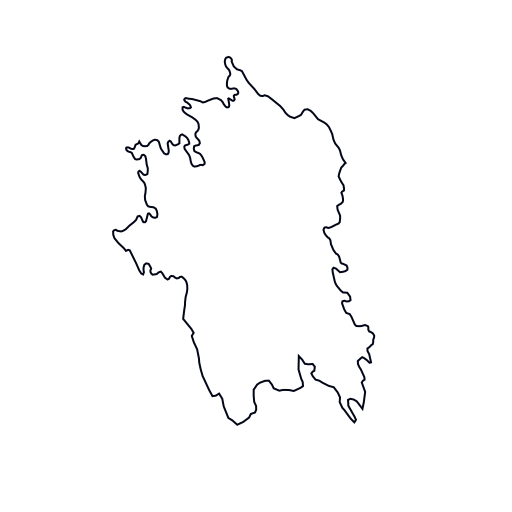 the district of Puchavičy, Minsk, Belarus, rotated 65°
{"feature_id": "67162791B58974730621112", "entity_name": "Puchavičy", "entity_type": "district", "adm_level": 2, "iso_a3": "BLR", "parent_name": "Belarus", "parent_adm1": "Minsk", "projection": "equal_earth", "projection_center": [27.908, 53.474], "detail": "fine", "context": "isolated", "style": "outline", "palette": "ink", "viewbox_px": 512, "rotation_deg": 65, "n_neighbors": 0, "source": "geoboundaries", "source_scale": "gbopen_adm2", "svg_char_len": 6106}
<svg xmlns="http://www.w3.org/2000/svg" viewBox="0 0 512 512"><g transform="rotate(65 256 256)"><path d="M439.5,224.1L434.1,220.1L425.3,214.5L415.3,213.6L414.3,211.9L414.0,209.9L411.6,209.0L403.3,208.9L400.0,209.3L396.9,209.2L394.2,208.1L393.2,205.0L392.6,202.5L394.0,201.3L397.3,199.5L400.8,198.2L401.0,196.7L392.9,194.9L389.2,195.1L386.9,194.1L386.5,191.7L385.4,188.9L385.3,187.5L383.9,186.4L381.4,185.1L379.6,183.3L378.0,182.5L375.4,182.8L373.0,184.4L372.5,185.2L370.4,185.4L368.0,184.3L366.8,184.3L364.6,186.4L364.0,190.2L362.9,192.8L361.8,194.7L359.9,195.4L351.7,195.2L348.3,195.6L345.7,198.3L341.8,198.6L335.2,198.0L333.6,196.8L333.9,194.8L335.5,193.1L336.3,191.0L336.0,189.0L332.6,187.9L327.9,188.8L326.8,190.7L325.9,192.5L323.2,193.8L317.8,195.2L316.1,195.5L313.0,195.5L303.4,193.4L300.4,192.4L299.4,190.7L301.1,188.9L306.2,186.7L307.0,184.1L307.5,181.4L307.1,179.1L305.6,178.1L302.9,177.9L300.0,180.3L298.9,181.6L297.8,182.0L291.6,180.9L289.2,181.3L287.6,182.5L283.5,183.3L277.1,183.1L273.1,181.9L270.8,182.2L269.5,183.1L266.6,184.0L263.8,184.3L260.6,183.7L259.2,181.9L259.6,180.2L261.2,178.7L261.6,175.7L261.4,170.5L261.5,167.6L260.7,165.8L257.4,163.8L254.9,162.7L248.6,162.5L245.0,161.3L244.6,158.9L244.5,156.8L243.6,154.5L242.6,153.7L240.7,152.9L237.7,152.1L234.8,151.9L234.0,150.7L233.8,148.6L232.1,147.7L228.8,146.8L225.5,147.3L221.9,147.5L218.6,147.4L216.0,145.4L212.0,141.5L211.0,139.0L209.9,136.9L209.6,135.5L205.3,136.3L202.9,136.3L200.1,136.1L196.0,135.3L193.1,135.3L187.5,136.7L183.2,136.6L177.7,135.4L174.0,135.3L169.8,135.4L166.3,136.4L163.8,137.8L158.2,142.0L150.9,143.8L147.7,145.0L144.8,147.2L143.9,150.2L144.8,152.1L147.1,155.6L147.3,157.7L147.3,162.9L144.1,166.3L141.7,167.7L138.6,168.8L135.0,169.3L130.3,170.7L120.4,175.5L116.4,177.6L114.0,180.2L113.9,182.3L112.6,184.4L110.1,185.6L104.3,186.8L95.8,189.5L92.1,190.1L82.6,190.6L81.1,191.7L78.7,194.4L74.8,196.0L69.4,195.9L68.6,195.2L67.4,194.9L65.5,195.4L64.0,196.6L63.7,199.4L64.9,201.0L66.7,202.2L69.3,202.9L71.5,203.1L73.2,202.7L75.9,201.8L78.3,201.9L80.3,202.4L81.4,203.5L82.0,205.2L84.7,207.8L87.1,209.3L89.4,210.4L90.8,210.5L92.1,210.1L93.3,209.2L94.2,207.4L94.6,205.5L95.3,204.3L96.3,203.3L99.0,202.7L100.4,203.0L101.3,203.7L101.5,204.4L101.6,205.6L100.9,207.2L101.3,208.3L102.2,208.7L104.9,209.1L105.7,210.0L105.7,211.2L105.3,211.7L101.6,214.1L101.7,214.7L106.2,215.9L108.3,216.6L109.5,217.8L109.1,219.5L107.7,220.4L104.7,221.1L102.7,221.1L99.9,221.9L96.5,224.5L95.3,227.9L94.9,233.9L94.9,236.9L94.4,239.3L92.3,240.9L86.7,247.6L85.2,250.2L83.2,252.9L83.3,254.1L84.1,255.1L85.6,254.9L86.7,254.5L87.7,253.6L91.0,252.1L92.3,252.0L93.8,252.2L94.1,253.3L93.3,255.6L90.3,258.5L90.2,259.7L92.3,260.7L94.4,260.6L96.7,259.7L98.7,258.6L103.1,255.4L106.8,253.3L109.5,252.3L112.1,252.3L115.7,253.6L117.0,254.7L118.0,256.2L118.6,258.2L119.8,259.4L121.8,260.1L123.5,260.0L125.0,259.4L127.7,258.7L130.0,259.2L131.2,261.0L130.4,264.1L130.4,265.7L132.6,267.1L135.0,267.5L137.5,265.6L138.1,264.8L139.7,263.6L141.0,263.2L143.6,262.8L146.4,262.8L149.4,262.9L150.8,263.7L151.2,265.9L150.4,266.8L149.8,268.3L149.9,269.9L149.6,271.9L148.9,274.1L147.5,275.1L145.3,275.5L142.9,275.2L139.1,274.2L136.2,274.0L128.9,275.4L126.8,274.9L125.9,273.9L125.9,272.3L126.3,271.0L126.0,269.0L124.5,268.5L122.5,268.3L120.0,268.5L117.6,269.5L114.6,271.5L114.5,272.9L115.1,274.3L116.7,275.6L121.5,277.8L121.8,279.6L121.7,282.4L120.8,283.8L119.1,284.5L116.2,284.8L115.1,285.5L115.4,287.2L116.6,288.5L123.8,290.6L125.3,291.5L126.4,292.9L125.8,294.6L124.2,295.9L119.4,296.7L117.3,296.7L111.5,295.8L109.3,296.5L107.9,298.5L107.7,300.4L108.0,302.6L108.7,305.0L109.8,306.5L110.3,308.2L109.6,310.2L108.6,311.9L107.0,313.0L102.9,313.4L104.2,314.9L104.3,318.1L106.5,320.3L107.3,321.6L106.7,323.0L106.0,323.9L103.6,325.8L103.0,327.1L103.3,328.2L105.2,328.6L106.8,328.0L108.2,326.7L108.9,325.8L110.0,325.0L114.4,325.0L117.0,324.6L118.0,323.6L118.8,321.2L118.6,319.3L116.4,316.8L116.8,315.0L118.7,314.1L121.3,314.6L126.9,316.4L130.7,317.0L132.7,317.9L135.8,319.8L135.9,321.5L135.6,322.5L134.7,323.6L131.1,324.7L129.6,325.5L129.8,326.8L130.9,327.7L134.8,328.1L136.3,328.0L138.2,327.7L140.3,326.9L142.7,326.3L144.9,326.5L148.0,327.2L151.9,329.4L154.7,331.4L158.3,332.8L163.2,333.2L165.3,332.8L166.5,331.5L168.6,328.2L170.8,326.8L173.5,326.9L176.3,327.6L178.8,329.2L178.8,331.2L177.7,332.8L176.0,334.0L173.8,334.3L172.2,334.9L172.0,336.1L178.0,341.0L178.5,342.3L177.7,343.8L175.7,343.9L172.4,343.8L170.4,344.6L170.1,346.6L172.6,349.4L173.7,352.4L175.0,357.9L176.7,362.6L177.0,365.2L176.8,367.8L174.5,371.1L173.0,371.9L172.7,373.6L173.3,375.1L176.5,376.4L179.1,376.7L180.4,376.7L186.2,375.2L193.3,372.4L196.4,371.7L196.4,369.2L197.5,368.0L212.7,367.7L219.5,367.9L223.4,367.4L225.0,366.1L223.4,364.5L220.5,363.6L218.6,362.5L216.7,360.8L216.3,358.6L217.8,356.6L221.1,356.3L223.0,356.3L224.5,357.8L225.9,358.4L227.8,358.3L229.3,357.5L230.4,353.7L229.7,351.0L229.9,348.9L232.0,348.2L237.2,347.7L239.9,346.1L239.9,344.7L238.5,342.6L238.3,341.1L239.4,339.4L241.5,338.4L242.9,337.2L243.3,335.2L242.8,333.9L243.4,332.0L246.0,330.8L248.5,330.1L251.2,330.2L253.9,330.9L257.1,332.3L260.0,334.2L263.3,337.0L267.5,339.6L270.8,341.3L275.0,344.1L282.2,348.6L294.8,345.4L299.3,345.0L301.3,348.0L307.8,348.8L315.7,348.8L324.7,351.0L328.7,352.5L335.2,354.0L342.2,355.1L357.7,355.1L364.6,354.7L365.6,351.4L365.1,347.6L371.1,346.9L378.6,348.8L391.1,349.5L395.0,346.9L401.0,344.3L401.0,337.9L399.5,330.5L397.0,327.5L397.4,323.0L395.4,320.8L391.9,319.3L387.5,319.3L381.5,317.1L376.0,314.5L375.5,313.4L373.0,309.3L372.5,305.9L372.9,300.7L374.4,297.0L379.4,295.9L383.4,295.9L387.9,291.8L388.8,288.1L391.3,282.9L394.3,278.8L394.3,271.4L393.8,268.4L389.8,266.9L386.3,266.9L376.8,265.4L364.8,259.5L369.3,258.0L374.3,257.3L376.3,254.3L377.8,250.3L381.2,249.5L384.7,251.7L384.7,253.2L385.7,255.4L388.7,255.4L393.2,254.3L395.7,251.4L399.2,249.1L404.4,245.0L407.8,241.0L414.2,239.6L419.6,239.6L423.8,241.9L430.1,241.9L433.0,241.0L443.5,238.9L448.3,237.2L446.7,234.6L443.2,234.6L430.8,235.6L425.3,233.4L425.3,230.8L427.5,228.0L430.4,226.1L439.5,224.1Z" fill="none" stroke="#020617" stroke-width="2"/></g></svg>